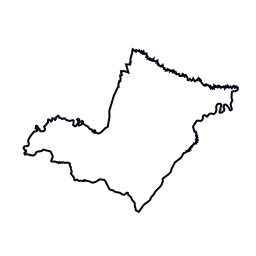 the district of Tha Tum, Surin, Thailand, rotated 16°
{"feature_id": "78962969B22875255730199", "entity_name": "Tha Tum", "entity_type": "district", "adm_level": 2, "iso_a3": "THA", "parent_name": "Thailand", "parent_adm1": "Surin", "projection": "albers", "projection_center": [103.652, 15.311], "detail": "fine", "context": "isolated", "style": "outline", "palette": "ink", "viewbox_px": 256, "rotation_deg": 16, "n_neighbors": 0, "source": "geoboundaries", "source_scale": "gbopen_adm2", "svg_char_len": 5763}
<svg xmlns="http://www.w3.org/2000/svg" viewBox="0 0 256 256"><g transform="rotate(16 128 128)"><path d="M161.5,205.6L164.4,197.4L168.9,191.5L169.5,187.9L171.0,184.9L171.8,181.5L175.1,175.5L175.9,173.5L176.2,169.4L175.5,168.1L175.4,167.0L179.6,161.5L181.1,159.0L181.2,155.2L182.6,148.1L187.3,141.9L188.3,136.9L190.4,135.5L190.9,134.4L190.7,134.0L191.3,133.9L191.8,133.2L192.3,133.7L193.2,133.0L192.5,132.3L192.7,131.4L193.7,131.3L193.0,130.4L194.1,129.4L193.8,128.9L194.5,128.7L194.3,127.7L194.9,127.4L195.0,126.5L196.0,125.2L195.8,124.7L196.8,124.6L197.0,124.0L197.8,123.9L197.3,122.4L198.1,122.2L197.5,121.4L197.9,121.4L198.0,120.5L198.4,120.4L198.3,120.1L196.6,120.0L197.3,117.9L196.3,117.6L196.5,116.6L195.5,116.5L195.5,114.8L194.8,114.2L194.7,113.2L193.0,112.7L192.8,113.0L190.1,108.9L191.8,102.8L192.9,101.6L195.7,101.3L196.9,100.3L197.4,98.7L196.8,96.2L197.1,95.1L198.5,94.5L200.4,95.2L201.1,95.1L201.7,93.2L202.8,91.7L203.9,91.1L206.4,91.1L207.2,90.4L208.0,88.5L207.9,85.8L207.1,84.1L206.9,82.2L207.2,81.0L208.2,79.8L210.1,79.3L211.4,80.1L211.4,83.6L211.9,84.9L211.3,86.4L211.6,87.5L212.2,88.0L214.0,87.0L215.6,85.0L215.5,83.4L213.9,81.2L214.1,79.5L214.7,78.7L215.7,78.5L217.8,79.6L219.7,81.1L220.8,82.6L221.7,82.8L222.5,82.2L222.6,81.2L220.0,76.8L220.7,72.7L219.2,70.5L217.9,64.7L218.4,63.9L221.0,63.0L222.6,61.7L222.9,60.8L222.4,58.9L220.0,58.0L220.6,58.5L220.7,59.3L220.0,59.7L219.9,58.7L219.1,59.1L218.6,58.2L218.1,58.4L218.5,59.3L217.5,59.2L216.7,61.1L215.2,59.9L215.0,60.2L215.4,60.5L214.7,60.5L214.0,61.4L212.9,61.1L212.8,60.2L212.2,59.9L212.4,61.4L211.3,61.6L211.3,60.8L210.8,60.8L211.1,62.1L210.7,62.3L210.3,61.9L210.0,63.1L209.4,62.1L208.8,63.2L208.8,62.3L208.2,61.9L207.2,62.8L206.6,62.9L206.2,63.8L205.5,63.6L205.5,62.9L204.4,62.3L204.0,62.4L203.3,63.9L202.8,63.0L202.5,63.7L201.4,64.3L200.9,63.6L199.9,63.3L199.6,63.8L200.2,64.3L200.1,64.8L199.8,65.1L199.3,64.5L199.6,66.1L198.8,65.7L198.5,67.0L197.3,66.4L196.6,67.1L196.4,66.7L196.9,65.6L196.3,65.5L195.5,66.0L195.2,64.8L194.1,65.3L193.1,64.6L191.3,64.5L191.3,65.7L190.4,66.2L189.8,65.5L189.3,66.0L188.3,65.6L185.9,63.9L185.3,63.2L185.2,62.3L183.9,61.5L183.6,62.2L183.1,61.1L182.4,60.8L182.5,61.6L181.6,61.5L181.6,62.8L180.6,63.1L179.6,64.7L178.8,64.3L177.0,62.5L176.8,63.9L176.1,65.1L174.1,63.8L173.0,65.5L172.1,65.3L171.5,63.6L169.0,61.1L168.4,61.5L168.7,62.4L168.3,63.0L166.4,61.2L165.5,60.9L165.4,61.4L165.9,62.1L166.0,62.9L163.4,63.7L162.7,63.3L162.6,62.4L162.1,61.9L159.8,63.0L159.3,62.1L158.8,62.1L158.7,61.2L158.0,61.1L157.7,62.2L156.4,61.8L156.1,61.4L156.7,60.5L156.1,60.0L155.6,60.3L155.3,61.7L154.4,60.6L153.6,61.3L152.9,61.0L152.5,61.8L152.1,60.9L150.0,60.5L150.1,61.2L149.6,61.2L149.6,62.1L148.3,62.5L148.0,61.5L146.3,61.4L146.3,60.2L145.7,60.3L144.8,59.6L144.1,58.3L144.0,58.7L143.4,58.7L143.5,59.3L142.6,59.9L141.1,59.2L140.6,59.4L140.2,58.8L139.7,59.0L139.5,58.1L138.9,58.1L139.0,57.5L138.0,57.1L138.0,56.4L137.3,56.9L137.3,55.7L137.0,56.1L133.8,56.5L134.2,56.0L133.5,55.6L133.4,54.7L133.0,55.4L133.1,55.9L132.2,56.2L131.9,55.8L131.5,56.2L131.1,55.7L130.3,56.3L130.0,55.4L129.4,55.9L129.1,55.4L128.2,55.9L128.3,55.3L127.6,55.5L127.2,55.0L126.0,54.7L126.1,54.3L126.8,54.3L127.0,53.8L125.5,52.3L125.2,51.4L124.0,52.3L122.7,52.5L123.0,51.9L123.7,51.9L123.8,51.7L122.9,51.2L122.2,51.5L121.8,50.5L121.5,51.4L120.7,52.1L119.9,51.9L120.2,51.1L119.8,50.5L119.0,51.6L117.6,50.4L117.3,51.1L116.6,50.8L116.3,51.2L114.9,50.7L114.4,51.5L114.9,51.9L114.7,52.3L114.2,51.8L113.9,52.0L113.5,51.4L112.8,51.9L110.8,51.1L111.3,55.4L111.3,60.7L112.4,64.1L112.0,64.2L112.6,66.3L108.6,67.4L113.1,74.6L109.4,74.3L105.6,75.1L105.5,75.4L106.0,76.7L106.5,76.6L107.5,78.9L105.9,79.7L107.2,82.3L107.7,85.2L106.6,85.4L106.8,88.7L107.6,91.3L107.0,91.5L105.5,101.0L105.3,116.8L107.1,122.2L108.2,132.5L106.4,134.1L103.8,138.7L102.1,140.9L100.6,141.5L98.4,141.1L97.2,142.0L96.7,141.8L97.3,139.9L97.0,139.4L96.2,139.4L95.9,140.9L95.0,141.2L93.4,139.4L91.5,139.6L89.3,137.8L83.8,136.3L83.4,135.9L83.1,134.3L82.4,133.9L81.8,134.1L81.5,134.7L82.6,136.2L82.4,137.4L81.1,138.7L79.9,139.1L79.2,138.0L79.8,135.4L78.9,133.5L77.9,132.9L77.1,133.2L76.7,134.0L78.4,135.0L78.6,136.1L77.7,140.1L76.6,141.0L74.5,140.3L74.1,137.0L73.7,136.0L73.1,135.6L69.8,137.3L66.8,137.4L64.5,136.2L63.3,136.6L62.6,137.4L61.8,137.5L60.3,136.8L58.7,137.0L58.0,135.5L57.5,135.4L55.9,137.6L56.1,139.5L55.8,140.3L55.2,140.3L54.2,139.3L52.5,139.5L52.8,141.2L52.4,142.9L51.9,142.9L51.6,142.2L50.9,141.9L49.4,141.7L48.9,142.0L49.6,145.0L48.8,145.9L48.6,147.2L47.0,149.9L48.6,152.0L48.5,153.4L47.8,154.3L44.7,155.3L43.2,153.4L41.1,152.3L40.3,151.2L39.5,151.0L39.0,151.4L39.3,153.9L40.3,154.2L41.7,153.7L41.9,154.1L41.8,155.2L41.2,156.1L38.6,157.5L36.5,162.6L35.7,165.7L35.5,167.9L37.1,170.6L37.1,172.5L36.6,173.0L33.9,174.0L33.2,174.8L33.1,176.0L34.6,177.6L35.7,177.5L36.4,178.0L36.6,179.1L35.5,179.8L35.3,180.9L36.6,181.4L36.6,181.7L37.9,181.1L40.7,180.9L41.6,181.2L42.3,180.8L44.6,180.6L46.0,179.0L46.6,176.5L48.4,175.0L49.0,175.1L51.2,174.0L52.4,172.2L59.6,171.9L60.3,172.2L63.4,175.8L63.6,177.6L63.1,180.4L63.4,181.1L65.7,181.0L66.9,180.3L68.7,180.7L69.6,180.1L71.0,180.8L71.2,180.4L72.0,180.3L72.0,179.7L72.9,179.5L73.2,179.8L74.8,179.3L75.1,178.8L77.6,178.9L77.8,178.5L79.8,177.8L82.0,178.3L82.4,180.2L84.0,181.6L84.3,183.0L86.0,185.6L86.0,186.5L85.6,187.5L89.4,190.3L90.9,192.8L92.0,192.7L93.2,191.6L95.5,192.5L97.4,191.5L99.2,191.5L100.4,191.1L100.3,190.2L100.7,189.9L102.7,190.3L105.2,189.9L109.1,190.4L112.0,188.5L115.1,185.0L119.5,184.5L121.0,185.5L127.3,192.2L131.2,192.1L131.9,192.6L133.7,192.9L138.4,192.5L140.0,193.2L141.9,193.4L143.5,192.7L144.6,190.5L145.8,190.5L146.8,192.3L149.7,193.4L151.9,196.1L154.2,197.4L155.2,198.5L156.3,201.7L157.3,203.0L158.3,205.0L161.5,205.6Z" fill="none" stroke="#020617" stroke-width="2"/></g></svg>